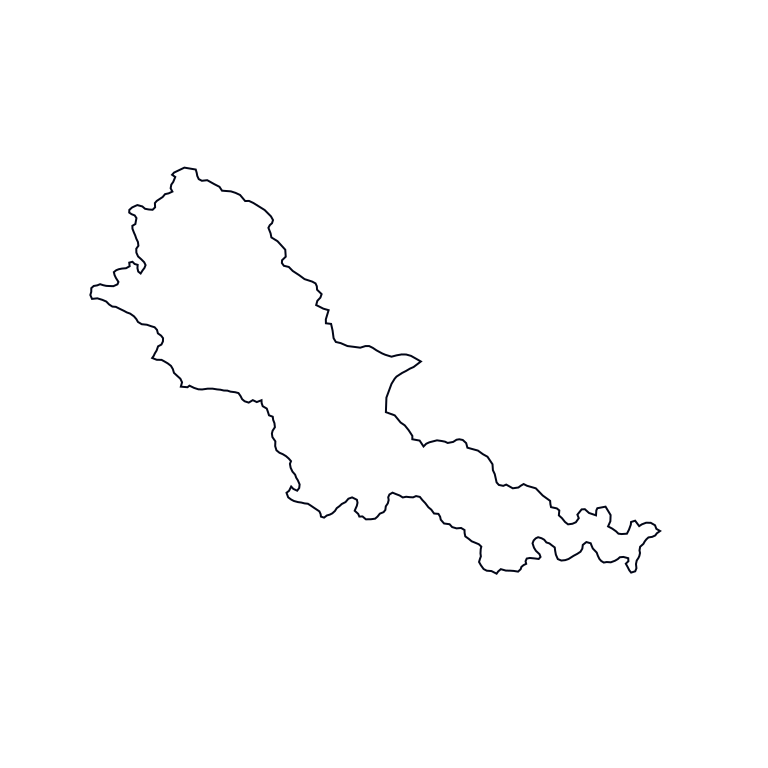 Baixo Guandu, Espírito Santo, Brazil (Equal Earth projection), rotated 108°
{"feature_id": "56859067B51153386357436", "entity_name": "Baixo Guandu", "entity_type": "district", "adm_level": 2, "iso_a3": "BRA", "parent_name": "Brazil", "parent_adm1": "Espírito Santo", "projection": "equal_earth", "projection_center": [-40.958, -19.514], "detail": "fine", "context": "isolated", "style": "outline", "palette": "ink", "viewbox_px": 768, "rotation_deg": 108, "n_neighbors": 0, "source": "geoboundaries", "source_scale": "gbopen_adm2", "svg_char_len": 5909}
<svg xmlns="http://www.w3.org/2000/svg" viewBox="0 0 768 768"><g transform="rotate(108 384 384)"><path d="M250.5,650.2L251.6,646.5L254.2,646.7L257.0,646.9L260.1,647.9L263.8,647.4L266.4,644.7L269.2,647.7L271.1,650.9L274.6,652.3L277.6,654.7L280.1,656.7L282.7,657.8L286.7,656.3L289.8,657.9L290.7,661.6L291.2,665.4L289.8,668.7L290.1,674.0L293.9,678.1L297.1,680.0L299.7,679.3L300.5,676.5L300.7,673.2L302.7,670.7L305.9,670.3L308.7,669.9L311.3,672.2L314.1,671.2L317.4,668.5L319.5,666.6L322.3,664.5L325.0,661.9L328.4,660.3L331.9,661.4L335.6,660.1L338.7,657.3L340.4,653.4L342.3,649.7L344.6,647.5L347.7,647.7L350.5,648.7L354.1,649.6L353.0,652.5L350.0,654.3L346.8,655.1L346.9,658.3L345.5,661.0L347.3,663.8L350.6,662.3L353.6,665.1L355.2,668.9L356.8,671.7L358.5,673.8L361.1,675.5L363.8,673.8L366.0,671.7L369.0,668.1L371.6,668.3L374.6,671.6L375.7,675.5L376.5,678.5L376.8,681.6L376.8,684.8L378.8,687.2L380.5,690.4L383.3,692.0L386.8,690.9L390.1,690.8L393.3,688.0L391.1,683.1L391.0,677.8L391.4,673.6L393.3,670.0L394.3,666.3L393.5,662.9L394.2,658.3L394.8,653.9L395.4,650.7L395.5,647.2L396.9,642.7L398.8,639.6L401.0,637.2L402.0,632.9L400.9,627.8L401.0,623.2L400.9,619.7L402.7,616.6L405.7,614.7L406.9,610.9L408.7,608.3L411.8,607.4L415.3,607.9L418.0,610.5L422.4,610.6L425.7,611.4L428.3,611.7L430.9,612.5L431.2,607.7L429.8,603.0L430.4,599.8L431.2,596.1L432.6,592.2L435.1,589.4L438.3,587.2L440.2,583.1L441.9,579.3L444.8,576.6L449.3,576.4L447.8,569.9L445.7,568.5L446.4,563.4L446.4,558.9L445.4,555.3L443.0,550.4L441.4,545.5L440.7,541.0L440.0,537.9L439.7,534.4L438.7,530.9L438.7,527.6L437.8,523.0L437.6,519.6L439.8,516.7L442.3,514.2L443.5,511.2L443.5,506.9L439.9,503.8L440.5,499.4L437.3,495.5L439.9,494.5L442.6,492.5L443.6,487.9L446.5,485.7L449.3,483.7L449.5,479.7L452.4,478.3L455.1,476.1L458.8,474.4L462.8,475.5L465.8,475.3L469.0,473.7L472.1,469.6L476.7,468.3L480.3,465.8L481.7,462.2L482.0,458.7L482.9,454.9L484.3,451.6L486.1,448.6L489.0,448.8L492.5,446.9L495.6,444.0L497.7,440.5L500.2,438.6L502.2,436.2L505.6,433.2L509.1,432.5L512.3,433.6L511.8,437.8L510.2,440.6L514.9,441.3L517.6,443.1L521.4,440.1L522.6,436.5L523.1,433.5L522.9,429.3L522.3,426.0L522.1,422.7L521.4,419.4L522.2,416.3L523.5,411.8L525.1,406.1L527.3,404.1L529.6,403.0L529.6,399.7L526.7,397.7L525.0,395.2L523.0,393.2L519.9,391.4L516.7,390.6L513.9,388.6L511.2,387.1L508.2,384.1L504.1,382.4L501.7,379.3L502.5,374.0L505.1,372.5L508.3,372.2L511.1,372.5L513.6,372.7L515.5,368.4L517.7,366.5L516.6,363.5L518.3,359.4L516.6,354.5L514.8,350.8L512.1,349.2L508.6,347.9L506.0,344.8L503.3,343.8L499.8,344.5L496.3,343.5L492.9,343.7L490.4,345.0L487.4,344.7L484.7,342.3L485.0,338.5L485.2,334.7L486.1,331.1L484.4,328.1L483.6,324.2L482.8,321.3L480.7,318.9L480.3,315.0L482.5,311.7L484.5,308.0L487.5,303.7L488.9,300.2L491.7,296.4L490.7,292.1L492.9,289.6L495.5,288.1L498.1,283.8L497.1,278.3L499.0,275.0L498.9,270.4L497.1,266.2L498.0,262.3L500.8,261.3L503.8,259.6L505.1,255.5L506.5,252.0L506.8,247.9L507.1,244.3L508.6,241.2L511.1,241.0L515.3,239.9L518.0,238.6L520.6,238.7L523.9,238.6L526.4,235.9L529.2,232.1L529.8,228.6L528.7,224.0L529.6,218.3L527.0,217.5L524.0,215.7L523.8,210.4L522.6,206.5L521.7,202.9L521.0,198.5L517.9,196.8L515.5,196.8L513.1,195.3L511.1,193.2L508.8,194.6L505.9,194.3L504.4,191.6L503.3,186.6L502.6,182.8L500.1,181.7L497.8,183.5L495.7,188.0L493.3,190.8L489.6,193.5L486.5,193.3L483.9,192.0L482.1,190.1L482.0,186.5L482.6,183.5L484.5,180.6L484.5,177.4L485.6,174.4L486.7,171.1L489.7,169.7L493.2,167.8L496.8,164.6L497.1,160.8L495.5,157.2L493.4,154.4L488.7,150.5L485.8,147.7L482.8,145.3L479.3,144.5L475.6,145.2L471.8,142.7L471.6,138.2L473.5,136.7L475.9,134.6L478.6,129.6L481.2,127.6L483.8,125.1L485.2,122.7L485.9,119.8L484.5,117.2L483.5,113.2L480.7,109.7L478.2,107.5L475.9,106.2L474.5,102.9L474.2,97.9L477.0,96.8L480.2,98.5L482.6,95.9L485.4,93.1L487.0,90.7L484.5,87.2L481.2,87.0L477.4,88.7L473.8,89.1L471.0,88.3L468.7,88.0L465.6,88.3L463.3,89.6L459.6,90.1L455.9,87.9L453.2,87.4L450.7,86.5L448.2,85.1L446.5,81.7L444.2,79.2L441.7,78.4L438.5,76.0L437.6,80.2L434.6,82.6L433.6,87.4L434.9,91.8L437.8,95.4L440.3,97.4L436.4,102.9L438.9,106.4L441.5,105.8L446.9,106.0L451.3,106.7L453.3,111.7L453.9,114.8L452.4,117.8L451.0,122.3L450.2,126.9L444.6,126.3L438.6,128.0L432.2,135.4L434.4,139.4L436.2,142.7L438.6,143.0L443.4,141.8L443.3,149.2L441.0,154.3L442.2,157.3L448.5,159.7L451.4,157.3L456.2,158.8L458.7,161.6L460.6,165.6L459.3,169.2L456.6,173.3L454.9,177.1L450.1,178.2L448.9,181.2L449.5,187.1L446.9,188.6L443.8,189.9L441.0,198.6L436.3,207.4L436.6,216.5L436.0,220.3L438.5,222.5L440.9,224.2L443.4,229.3L441.9,236.7L444.0,239.1L444.5,243.6L442.8,246.5L435.5,250.8L432.3,253.8L426.8,256.0L421.2,263.1L420.2,268.2L418.3,274.1L418.8,285.0L414.8,287.6L412.9,291.8L413.3,295.3L414.6,297.8L417.7,300.3L420.4,305.2L420.0,308.2L420.4,311.6L421.2,316.2L425.4,322.8L427.8,325.4L431.2,327.1L426.8,332.6L427.8,340.0L424.6,341.0L420.3,346.3L416.9,351.5L415.5,356.3L410.5,364.1L410.2,373.5L396.2,377.5L391.5,377.3L386.2,377.1L381.5,376.9L375.7,375.5L373.1,374.4L367.9,370.2L364.8,367.1L361.4,364.1L358.7,361.1L351.2,355.9L350.4,359.6L348.9,367.0L349.1,372.0L350.4,376.3L352.8,380.8L355.7,385.3L355.8,391.9L355.5,395.2L354.3,401.6L353.1,405.8L352.5,409.9L353.6,413.3L356.8,417.8L358.0,424.3L359.2,430.5L358.5,437.8L358.9,442.8L356.0,446.1L349.1,449.4L343.2,452.9L344.2,458.0L340.5,459.3L330.9,459.5L331.1,465.0L330.4,469.3L329.9,472.9L325.5,473.1L321.5,471.2L317.8,471.1L315.0,476.8L311.8,478.1L309.5,480.2L308.8,483.9L308.8,492.0L306.7,498.3L304.7,505.7L302.1,510.7L302.5,515.8L300.5,518.5L297.8,519.2L293.3,516.8L286.8,519.4L281.1,529.4L279.4,536.4L275.8,538.4L271.2,542.2L268.2,541.7L265.7,540.2L262.4,540.2L259.5,543.3L255.4,551.3L252.2,564.2L251.6,569.0L252.9,572.6L248.7,579.3L248.1,584.3L248.1,589.1L250.2,597.8L247.3,601.4L246.4,607.0L244.8,615.1L247.0,620.0L246.4,623.5L243.8,625.9L241.2,627.3L238.2,629.3L239.9,640.7L247.8,649.0L250.5,650.2Z" fill="none" stroke="#020617" stroke-width="2"/></g></svg>